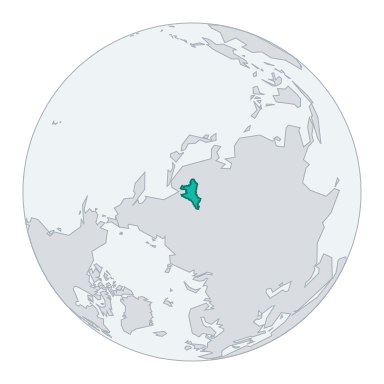 Amur on an orthographic globe, rotated 208°
{"feature_id": "RUS-2609", "entity_name": "Amur", "entity_type": "Region", "adm_level": 1, "iso_a3": "RUS", "parent_name": "Russia", "parent_adm1": "", "projection": "orthographic", "projection_center": [128.173, 52.947], "detail": "fine", "context": "on_globe", "style": "filled", "palette": "teal", "viewbox_px": 384, "rotation_deg": 208, "n_neighbors": 0, "source": "natural_earth", "source_scale": "10m", "svg_char_len": 16264}
<svg xmlns="http://www.w3.org/2000/svg" viewBox="0 0 384 384"><g transform="rotate(208 192 192)"><circle cx="192" cy="192" r="169" fill="#eef3f6" stroke="#a8b0b8"/><path d="M319.6,300.3L319.5,300.7L319.3,300.9L319.6,300.3ZM318.7,80.2L319.9,86.2L323.1,85.5L325.4,88.8L325.5,90.9L323.4,88.3L320.8,89.6L321.6,94.0L314.9,95.3L299.6,89.6L300.6,87.2L296.8,86.4L295.4,89.6L295.4,91.9L280.4,95.9L273.9,109.1L277.3,116.5L272.2,112.6L282.6,129.2L282.6,139.8L279.1,125.9L276.2,123.1L274.5,129.2L271.1,127.7L268.3,129.9L264.3,127.6L262.6,120.0L260.1,118.5L259.0,123.0L254.4,123.8L256.3,117.4L248.5,118.3L244.2,106.5L252.6,92.5L246.8,85.4L246.5,69.8L243.2,70.0L241.0,64.6L236.3,62.9L237.6,60.8L232.7,61.3L232.4,63.6L230.2,64.7L227.4,64.0L228.6,61.1L230.1,61.0L229.0,59.8L230.8,58.7L228.3,58.8L230.0,55.6L224.2,57.8L222.2,54.4L224.4,52.6L229.5,54.1L247.4,54.6L251.3,53.8L251.6,50.8L240.9,42.0L243.0,40.8L241.8,38.1L238.3,38.0L237.9,40.1L231.0,39.5L231.3,42.5L228.5,42.8L226.8,45.7L221.3,43.9L216.9,40.8L218.1,38.4L216.3,37.1L210.5,38.4L208.2,33.7L198.9,30.0L199.0,29.1L207.4,28.4L219.2,30.3L230.2,30.7L217.2,29.2L217.6,27.5L215.2,26.8L211.8,26.4L209.4,26.6L208.3,26.0L220.7,26.8L221.9,27.4L217.9,27.1L223.5,28.1L231.8,29.2L231.3,28.6L244.4,32.0L244.2,31.7L247.0,32.4L246.4,32.6L247.7,32.5L252.9,34.4L265.3,39.8L277.3,46.1L288.7,53.4L290.2,54.5L294.4,57.6L307.1,68.3L318.7,80.2ZM347.2,189.6L345.8,187.4L347.2,186.6L347.2,189.6ZM344.5,187.6L345.1,188.0L344.5,188.0L344.5,187.6ZM343.8,188.6L344.3,187.9L343.9,189.0L343.8,188.6ZM343.1,190.3L343.4,189.2L343.4,189.5L343.1,190.3ZM341.4,192.0L340.9,192.3L341.1,191.1L341.4,192.0ZM295.9,93.3L295.7,89.8L298.3,87.7L298.8,90.6L295.9,93.3ZM290.5,97.9L289.5,95.7L293.8,96.3L293.1,97.4L290.5,97.9ZM280.6,122.3L281.1,119.0L281.8,122.8L280.6,122.3ZM268.6,130.6L269.5,132.1L267.7,132.6L268.6,130.6ZM229.9,46.5L228.4,46.1L229.5,45.8L229.9,46.5ZM230.5,48.2L232.9,48.1L233.6,48.9L232.1,49.0L230.5,48.2ZM260.0,129.8L256.7,130.4L259.7,128.4L260.0,129.8ZM227.4,48.1L234.5,50.4L235.6,51.9L230.9,53.3L227.4,48.1ZM254.6,129.8L246.7,131.7L248.2,135.0L239.7,126.9L249.2,127.8L252.7,124.8L252.4,128.0L254.6,129.8ZM233.6,64.7L233.7,62.2L236.2,64.9L233.6,64.7ZM235.7,66.2L246.3,73.7L244.7,77.2L241.5,73.9L241.4,79.1L235.4,77.1L234.0,73.8L236.3,71.9L232.3,72.6L235.7,66.2ZM236.2,122.3L234.1,121.7L236.0,120.9L236.2,122.3ZM229.5,65.3L231.8,66.4L230.6,69.5L225.7,67.8L227.7,67.4L229.5,65.3ZM244.4,81.6L242.6,83.8L237.2,82.7L235.8,83.4L235.1,77.4L244.4,81.6ZM226.6,66.3L223.3,67.0L221.4,64.9L227.2,64.5L226.6,66.3ZM232.3,71.0L231.5,72.4L230.3,71.1L232.3,71.0ZM212.6,58.5L215.4,59.5L215.0,61.2L212.6,58.5ZM222.2,67.4L222.9,68.1L223.1,68.9L220.6,68.9L222.2,67.4ZM231.3,77.1L229.5,76.3L231.3,79.5L227.4,79.0L227.6,75.1L225.9,76.6L224.6,76.4L226.2,73.5L231.3,77.1ZM218.5,71.5L217.5,66.8L212.4,64.3L212.6,62.7L220.8,67.0L218.5,71.5ZM222.9,72.9L220.2,71.7L221.9,70.2L224.7,70.2L222.9,72.9ZM224.6,80.1L230.6,81.8L230.3,82.6L224.6,80.1ZM216.7,71.1L217.0,72.2L216.2,71.1L216.7,71.1ZM221.8,77.6L224.0,78.0L223.6,78.9L221.8,77.6ZM215.8,74.3L215.4,72.7L217.4,72.6L215.8,74.3ZM218.3,76.0L217.3,77.1L218.2,73.5L219.3,76.1L218.3,76.0ZM221.1,78.3L221.6,79.0L220.3,78.0L221.1,78.3ZM208.7,75.8L209.5,71.3L213.7,70.9L212.4,75.4L208.7,75.8ZM96.4,52.7L93.5,56.4L86.7,62.0L74.1,78.8L71.7,81.8L67.8,83.1L54.1,102.6L56.0,104.4L48.9,121.1L47.6,130.7L56.5,127.4L58.7,111.4L64.4,105.6L66.9,115.7L65.7,130.4L67.9,128.7L73.1,117.2L77.4,118.7L75.4,113.2L72.8,116.8L71.5,113.6L73.8,110.2L75.2,110.7L76.8,106.1L69.7,105.0L66.3,108.6L67.8,98.6L62.3,103.7L61.1,102.2L69.9,93.1L72.5,92.1L85.1,79.3L82.5,79.3L70.4,91.6L72.2,88.7L68.6,89.4L72.7,86.6L86.6,73.7L91.0,65.9L88.7,61.2L92.9,57.0L99.9,51.9L108.7,49.8L98.3,59.5L101.3,59.4L110.1,55.1L106.2,58.6L108.5,58.2L105.3,62.0L107.4,65.9L105.1,70.0L112.2,70.3L112.1,72.6L107.9,71.6L103.7,73.4L98.8,84.3L99.7,86.0L104.8,85.5L102.8,88.8L108.3,86.9L108.6,93.2L112.9,84.1L119.0,83.7L122.7,87.1L125.4,85.5L119.5,80.0L116.4,79.4L112.5,81.4L104.8,79.0L105.1,75.6L116.1,72.3L117.7,67.3L125.5,67.5L136.9,81.3L138.3,88.1L127.3,100.6L123.3,99.2L125.2,93.9L117.6,99.4L121.0,98.6L119.3,101.5L124.7,102.3L123.8,104.5L130.5,101.8L130.0,104.5L125.8,106.1L133.3,110.1L133.9,115.9L136.1,115.9L138.2,114.1L137.6,123.0L139.2,122.5L140.0,119.4L143.7,116.7L150.1,115.3L149.5,118.5L147.2,119.3L141.4,126.1L135.2,128.3L135.6,129.5L140.8,128.4L147.9,120.0L151.9,118.4L149.1,122.6L150.4,120.9L152.2,121.1L153.5,124.3L156.8,119.9L177.5,118.8L182.0,125.3L177.2,128.9L191.0,132.5L195.0,140.2L195.7,137.2L202.9,137.4L201.7,134.9L202.6,133.6L220.4,133.8L224.1,136.5L232.6,133.9L233.0,132.5L230.7,130.2L239.7,126.9L248.2,135.0L246.9,137.8L253.1,141.3L249.2,147.3L248.9,154.1L241.1,159.1L241.5,164.4L243.9,165.2L246.3,173.1L242.9,187.3L235.1,172.2L238.1,151.7L236.0,159.6L233.3,156.9L230.6,159.2L229.4,165.1L231.2,166.3L213.1,172.0L203.8,186.2L212.1,186.7L215.6,191.9L212.4,210.1L190.6,230.5L195.0,239.0L194.2,243.8L187.9,245.7L188.9,238.7L184.0,235.1L185.5,231.0L175.7,232.2L177.5,226.5L169.0,230.5L170.4,235.8L178.4,236.6L170.3,242.9L176.3,252.6L175.2,261.9L158.9,274.1L145.0,274.7L143.8,277.0L139.2,272.3L131.7,275.0L138.9,292.5L138.2,296.3L126.7,299.5L126.7,296.6L114.6,284.1L111.3,292.1L120.4,303.6L123.4,312.9L116.0,307.3L113.0,298.7L108.7,294.1L110.7,286.9L108.7,272.9L101.2,271.3L102.6,266.6L98.8,252.2L88.5,249.1L71.5,251.1L67.9,261.9L62.6,262.6L59.5,239.0L62.3,226.0L58.6,223.0L57.5,205.8L48.3,187.8L49.3,183.3L47.0,181.0L46.7,171.9L49.1,165.0L47.8,161.0L42.0,179.6L43.6,184.0L48.2,184.4L46.0,189.6L46.7,199.3L37.8,199.7L27.8,181.9L30.7,172.7L43.2,136.8L45.0,135.5L45.2,135.2L45.6,134.6L42.7,135.9L46.2,129.6L35.4,151.0L31.9,158.0L27.6,182.0L27.1,181.8L26.9,188.4L30.9,200.3L30.1,202.7L25.8,206.9L23.5,203.8L23.0,191.3L23.6,178.8L25.0,166.3L27.4,154.0L30.6,141.9L34.8,130.0L39.8,118.6L45.7,107.5L52.4,96.8L59.8,86.8L68.0,77.2L76.8,68.4L86.3,60.2L96.4,52.7ZM60.6,150.3L62.5,159.6L68.5,151.3L69.7,154.3L71.3,150.5L68.9,150.7L73.8,141.3L77.1,144.0L80.3,141.4L79.8,138.2L73.0,134.7L66.0,148.0L62.6,147.7L60.6,150.3ZM216.9,27.4L215.8,27.3L212.6,26.8L214.5,26.8L216.9,27.4ZM195.8,26.5L194.5,25.4L196.8,26.1L199.2,25.7L207.0,26.9L199.4,28.7L201.4,27.5L195.8,26.5ZM215.2,29.3L211.2,28.1L215.9,29.4L215.2,29.3ZM124.6,53.3L121.3,54.9L119.4,54.1L122.3,49.9L125.2,50.8L124.6,53.3ZM117.2,57.5L127.2,56.0L125.8,58.9L124.9,57.4L122.9,59.5L121.0,57.8L109.8,62.4L107.3,62.1L114.1,53.9L113.2,56.6L116.5,54.7L117.2,57.5ZM155.4,49.8L159.8,49.9L151.1,55.8L148.0,55.1L150.7,50.5L156.0,48.8L155.4,49.8ZM217.7,50.5L220.0,50.7L219.6,51.4L217.5,51.9L217.7,50.5ZM214.0,58.8L207.7,50.6L209.9,50.3L203.6,46.2L207.0,44.0L211.0,46.7L208.8,42.1L213.8,43.6L211.7,40.7L220.2,46.9L224.6,48.3L218.4,47.5L215.2,49.4L215.1,50.7L218.1,55.5L226.0,59.9L224.0,62.8L220.5,63.7L218.4,63.1L220.3,61.3L216.0,61.7L217.2,58.8L214.0,58.8ZM181.0,76.4L184.2,73.9L175.7,75.6L176.8,72.1L175.8,72.6L174.5,69.9L171.1,67.4L172.4,66.0L170.5,65.7L169.6,64.0L167.5,63.2L169.0,60.4L166.5,59.2L168.7,58.5L164.0,57.3L168.2,57.0L167.4,55.0L163.7,56.4L177.4,44.6L179.9,40.4L179.6,37.3L186.9,37.5L191.7,40.9L194.4,45.9L191.0,50.1L194.9,49.6L194.5,51.6L191.6,51.1L195.7,53.0L194.6,54.6L197.0,59.9L203.7,62.1L204.7,64.2L201.5,64.2L204.8,66.4L199.5,67.8L200.1,69.5L195.4,72.7L188.9,71.9L190.1,73.8L186.6,76.5L181.0,76.4ZM207.2,76.6L199.1,76.1L195.8,74.0L205.3,69.3L205.4,67.6L211.4,64.9L216.1,68.0L214.0,68.5L213.0,69.7L211.9,68.2L212.1,70.3L209.1,71.1L208.5,73.0L206.0,72.3L207.2,76.6ZM72.1,83.3L70.8,85.3L69.5,88.2L67.2,88.9L72.1,83.3ZM81.5,74.3L80.8,75.8L76.9,77.8L78.3,75.8L81.5,74.3ZM83.7,75.1L81.1,75.7L83.3,74.2L83.7,75.1ZM107.5,73.1L107.2,74.8L105.9,75.2L104.5,74.6L107.5,73.1ZM156.0,81.8L158.4,80.5L159.1,81.1L165.1,80.6L164.8,83.3L161.0,84.7L156.0,81.8ZM55.0,125.8L53.4,124.2L54.5,122.1L54.8,123.0L55.0,125.8ZM59.2,105.2L56.6,110.6L58.6,105.3L59.2,105.2ZM156.6,84.7L159.2,84.1L157.4,85.9L156.6,84.7ZM164.8,85.3L163.3,87.4L165.4,83.6L164.8,85.3ZM165.3,340.2L170.6,341.3L170.4,341.7L165.3,340.2ZM159.9,337.9L165.7,339.0L158.9,338.5L159.9,337.9ZM168.0,339.5L174.1,339.6L176.6,339.3L176.2,340.0L168.0,339.5ZM155.9,337.1L135.0,331.4L127.0,327.6L128.7,326.7L141.8,331.3L155.9,337.1ZM128.1,326.4L116.0,317.2L100.7,295.0L106.1,298.2L122.4,314.7L121.3,315.7L128.6,322.2L128.1,326.4ZM158.0,326.7L156.9,330.7L145.2,327.5L140.0,325.3L136.4,318.6L138.4,316.2L142.6,317.6L159.9,311.1L165.7,315.0L160.2,318.5L165.1,323.5L158.0,326.7ZM68.2,263.5L70.2,272.7L67.5,271.5L68.2,263.5ZM167.5,304.5L160.1,308.1L167.1,302.6L167.5,304.5ZM172.0,298.5L172.1,301.3L169.6,298.2L172.0,298.5ZM143.0,281.0L138.5,280.2L138.7,278.1L144.6,277.9L143.0,281.0ZM174.2,269.6L173.0,276.0L171.7,277.9L170.3,273.7L174.2,269.6ZM157.2,109.2L149.1,106.6L143.1,107.1L139.4,110.7L141.2,104.7L150.5,104.0L157.2,109.2ZM175.0,117.2L178.3,114.3L179.2,116.5L178.6,117.4L175.0,117.2ZM175.3,114.8L174.9,109.7L178.3,108.7L177.9,112.9L175.3,114.8ZM165.4,96.6L163.1,95.6L164.6,94.1L165.4,96.6ZM218.9,358.8L216.3,359.1L212.8,359.6L215.7,358.9L210.8,359.8L207.1,359.8L199.9,360.0L167.6,359.1L160.2,357.8L161.4,357.7L153.2,353.9L155.5,354.4L153.1,351.6L171.7,352.2L184.9,347.6L196.1,348.5L204.1,343.6L215.9,343.5L212.8,347.5L225.6,348.6L233.1,339.2L241.9,346.2L251.9,345.9L255.9,347.4L246.0,352.1L232.6,356.0L218.9,358.8ZM284.9,329.6L286.9,328.7L290.4,327.5L287.1,329.3L284.9,329.6ZM314.6,306.0L315.7,305.4L313.5,307.4L314.6,306.0ZM319.3,300.9L316.8,303.5L319.6,300.3L319.3,300.9ZM294.4,320.6L295.4,320.4L294.6,321.0L294.4,320.6ZM293.5,320.9L294.6,319.6L294.6,320.3L293.5,320.9ZM283.7,321.5L284.8,320.5L285.3,320.6L283.7,321.5ZM178.3,342.3L185.5,340.2L189.6,340.3L178.3,342.3ZM281.9,321.3L279.0,322.4L279.2,321.8L281.9,321.3ZM282.0,320.0L281.6,319.4L283.6,320.3L282.0,320.0ZM276.3,320.6L279.9,320.5L275.9,320.9L276.3,320.6ZM274.2,321.6L271.6,321.9L271.8,321.6L274.2,321.6ZM246.1,330.7L255.6,333.1L248.2,334.8L239.8,333.6L233.6,337.3L219.4,338.5L222.5,336.5L220.5,333.9L206.1,333.3L203.2,331.4L208.3,330.1L198.9,328.4L209.1,327.5L213.4,331.5L219.2,328.1L229.5,328.0L239.6,327.9L248.0,329.2L246.1,330.7ZM209.4,336.2L211.2,336.2L209.6,337.3L209.4,336.2ZM266.7,321.5L270.4,322.0L270.0,322.6L268.2,323.0L266.7,321.5ZM249.9,328.2L258.8,322.9L261.0,322.3L255.1,327.4L249.9,328.2ZM256.6,321.3L260.8,320.7L263.1,321.9L262.2,322.6L256.6,321.3ZM188.5,332.2L188.2,333.2L185.6,332.2L188.5,332.2ZM191.9,331.7L199.8,333.2L191.2,332.6L191.9,331.7ZM168.5,325.1L170.7,328.2L177.8,327.5L172.4,329.2L177.3,334.2L175.8,335.6L170.8,330.3L169.3,334.8L166.2,334.2L164.4,329.8L167.5,325.1L170.6,323.4L183.4,324.1L168.5,325.1ZM191.8,328.4L189.7,325.0L191.3,322.9L193.5,324.8L191.8,328.4ZM183.9,316.1L178.7,311.3L173.7,312.2L184.0,307.5L187.2,313.0L183.9,316.1ZM179.9,306.2L175.2,307.1L180.2,304.1L179.9,306.2ZM174.1,305.4L173.9,302.2L177.4,303.1L174.1,305.4ZM182.2,306.6L183.5,301.4L185.1,304.7L182.2,306.6ZM173.1,294.7L180.2,301.2L170.5,297.4L171.2,286.5L175.5,286.9L173.1,294.7ZM204.0,250.1L203.6,246.3L207.7,245.7L206.9,248.5L204.0,250.1ZM220.9,241.2L208.7,244.4L198.9,247.0L201.4,249.0L198.3,255.0L195.0,248.8L202.7,242.5L210.0,241.6L212.0,236.4L217.9,232.9L218.1,226.1L220.9,223.2L223.0,229.2L220.9,241.2ZM217.8,223.2L220.2,211.0L227.6,212.9L228.7,215.9L224.5,220.7L220.9,219.4L217.8,223.2ZM223.0,208.7L219.5,207.4L215.6,188.7L216.6,185.3L223.5,200.1L220.5,199.7L220.2,204.1L223.0,208.7ZM234.3,123.4L234.1,121.9L235.6,123.2L234.3,123.4ZM201.8,132.2L203.3,130.6L205.0,132.1L201.8,132.2ZM208.3,127.0L205.3,126.4L208.7,125.7L208.3,127.0ZM198.7,125.5L204.3,125.6L198.6,127.4L198.7,125.5Z" fill="#d9dde1" stroke="#a8b0b8" stroke-width="1"/><path d="M183.8,190.0L183.4,189.9L183.2,190.0L182.7,190.1L181.9,190.1L181.7,190.0L181.2,190.1L181.2,189.8L181.1,189.6L181.2,189.3L181.1,189.2L181.1,188.9L181.0,188.5L180.9,188.5L180.7,188.3L180.7,188.1L180.8,188.0L180.9,187.7L181.0,187.6L180.8,187.3L180.9,187.2L181.1,187.1L181.2,187.3L181.6,187.3L181.7,187.2L181.3,186.7L181.4,186.3L181.3,186.2L181.1,186.2L181.0,186.3L180.9,186.2L181.0,186.0L181.5,185.5L181.5,185.1L181.5,184.9L181.7,184.3L181.7,184.1L181.6,183.7L181.4,183.7L181.2,183.7L181.1,183.9L181.0,184.0L180.8,183.9L180.8,184.0L180.7,183.9L180.7,183.6L180.6,183.2L180.6,182.9L180.6,182.6L180.5,182.4L180.3,182.4L180.2,182.3L179.4,182.6L179.2,182.7L178.8,182.6L178.8,182.4L178.8,182.2L178.7,182.0L178.7,181.8L178.9,181.8L179.0,181.7L179.5,181.7L179.3,181.4L179.1,181.1L179.2,180.9L178.7,180.8L178.6,180.6L178.5,180.3L178.6,180.2L178.4,180.0L178.3,179.9L178.7,179.6L178.9,179.6L179.4,179.4L180.3,179.3L180.5,179.4L180.6,179.6L181.2,179.6L181.3,179.8L181.3,180.0L181.4,180.3L182.3,180.4L182.5,180.7L182.8,180.9L182.8,181.0L183.2,181.2L183.3,181.0L183.4,180.9L183.5,181.1L183.7,181.3L184.0,181.5L185.1,181.7L185.2,181.8L185.3,182.1L185.5,182.3L185.5,182.6L185.8,182.9L185.8,183.1L186.2,183.1L186.4,183.3L186.7,183.4L187.2,183.3L187.5,183.4L187.5,183.5L188.1,183.5L188.5,183.8L188.6,184.0L188.8,184.2L189.1,184.3L189.2,184.2L189.3,184.1L189.5,184.0L189.9,184.1L190.0,183.9L190.3,184.0L190.4,183.9L190.6,184.0L190.8,184.3L191.0,184.2L191.2,183.9L191.3,184.0L191.6,184.1L192.1,184.0L192.4,184.2L192.5,184.4L192.9,184.4L192.9,184.5L193.0,184.6L193.3,184.6L193.5,184.5L193.5,184.4L193.5,184.2L193.4,184.1L194.4,183.7L194.8,183.8L195.1,183.9L196.2,183.7L196.9,184.0L197.0,184.0L197.3,184.0L197.4,183.9L197.7,184.0L197.7,183.9L198.0,184.0L198.3,183.8L198.6,183.9L198.8,183.7L199.2,183.7L199.5,184.1L199.4,184.2L199.7,184.5L199.8,184.5L200.0,184.6L199.7,184.7L199.6,184.9L199.5,185.1L199.0,185.2L199.0,185.3L199.1,185.5L198.9,185.6L198.6,185.6L198.4,185.8L198.5,186.0L198.4,186.1L198.1,186.3L197.9,186.5L197.9,186.4L197.7,186.6L197.2,187.0L197.1,187.8L196.9,188.0L196.7,187.8L196.6,188.0L196.4,188.0L196.0,188.5L196.0,188.9L195.9,189.0L196.0,189.2L196.3,189.2L196.6,189.3L196.8,189.5L196.9,189.4L197.1,189.3L197.7,189.5L197.7,189.9L197.8,190.0L197.9,190.8L197.8,191.1L198.5,191.0L198.6,191.3L198.8,191.3L198.9,191.0L199.4,190.9L199.8,190.9L200.3,190.9L200.4,190.7L200.8,190.7L200.8,190.3L201.3,190.0L201.4,189.9L201.6,189.9L201.7,190.1L201.8,190.0L202.2,190.1L202.5,190.0L202.6,189.9L203.0,189.8L203.0,189.6L203.5,189.7L203.5,189.9L203.7,190.0L203.8,190.0L203.7,190.2L203.7,190.3L203.8,190.4L203.9,190.5L203.8,190.8L203.8,191.1L203.7,191.1L203.5,191.5L203.5,191.9L203.6,192.0L203.8,192.3L203.6,192.6L203.6,192.8L203.6,193.0L203.4,193.0L202.8,192.9L202.7,192.9L202.4,192.8L202.2,192.9L201.8,192.7L201.5,192.5L201.2,192.5L201.1,192.8L201.1,193.1L201.3,193.3L201.5,193.6L201.3,193.9L200.7,194.0L200.4,194.0L200.0,194.3L199.9,194.4L199.9,194.7L199.7,194.7L199.7,195.0L199.4,195.1L199.1,195.3L199.1,195.2L198.9,195.4L198.7,195.3L198.5,195.6L197.9,195.6L198.0,195.7L197.9,195.9L197.9,196.0L198.1,196.2L198.1,196.6L197.8,196.5L197.7,196.6L197.6,196.9L197.3,196.9L197.1,197.6L196.9,197.6L196.8,197.8L197.0,198.0L196.9,198.1L196.7,198.4L196.7,198.5L196.8,198.8L196.8,198.6L197.2,198.6L197.3,198.9L197.2,199.1L197.1,199.3L197.3,199.5L197.4,199.4L197.5,199.3L197.6,199.6L197.9,199.5L197.9,199.8L198.2,200.0L198.0,200.3L197.9,200.4L197.9,200.6L198.2,200.7L198.3,200.8L198.3,201.3L198.1,201.4L198.1,201.5L198.4,201.7L198.4,202.2L198.2,202.8L197.9,202.7L197.8,202.8L197.5,203.3L197.4,203.6L197.1,203.6L196.8,203.8L196.6,204.0L196.4,203.9L196.0,204.0L195.4,203.5L195.4,203.3L195.2,203.3L195.2,203.1L195.0,202.8L194.7,202.8L194.6,202.5L194.5,202.4L194.3,202.4L194.3,202.5L194.2,202.6L193.8,202.6L193.6,202.3L193.4,202.2L193.1,202.2L193.0,201.8L192.9,201.9L192.4,201.9L192.3,202.0L191.8,202.0L191.6,201.9L191.4,201.9L191.1,201.7L190.8,201.3L190.7,201.2L190.8,200.9L190.7,200.6L190.9,200.3L190.9,200.1L190.5,199.8L190.4,199.7L190.5,199.5L190.3,199.3L190.5,199.0L190.3,198.7L190.2,198.4L190.1,198.0L189.7,197.5L189.7,197.1L189.8,196.8L189.7,196.8L189.6,197.0L189.5,196.9L189.7,196.7L189.5,196.4L189.5,196.2L189.3,196.0L189.3,195.8L189.3,195.7L189.2,195.5L188.9,194.8L188.9,194.7L189.0,194.6L189.1,194.4L188.6,194.2L188.9,193.9L188.7,193.8L188.7,193.6L188.6,193.4L188.5,193.2L188.3,193.0L188.1,193.1L188.1,192.9L188.2,192.7L188.3,192.5L188.1,192.5L187.9,192.2L187.5,192.1L187.7,191.8L187.5,191.6L187.3,191.6L187.2,191.5L186.6,191.1L186.3,191.1L186.2,191.2L186.2,191.4L186.0,191.2L185.9,191.3L185.8,191.1L185.4,191.0L185.3,190.9L185.1,190.5L184.9,190.6L184.6,190.3L184.5,190.2L184.2,190.1L184.0,189.9L183.9,190.1L183.9,189.9L183.8,190.0Z" fill="#14b8a6" stroke="#0f766e" stroke-width="1.5"/></g></svg>